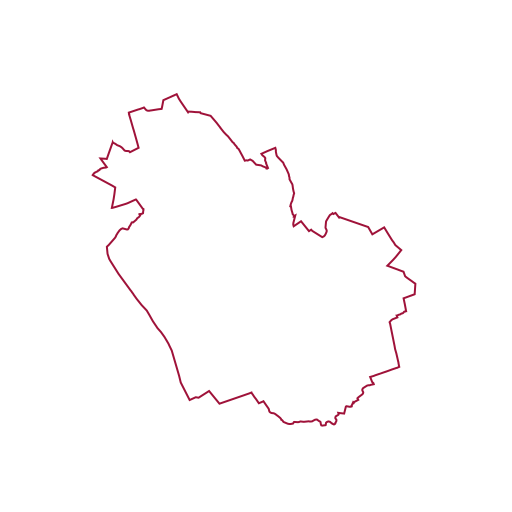 Jaral del Progreso, Guanajuato, Mexico, rotated 333°
{"feature_id": "50627088B82806712046874", "entity_name": "Jaral del Progreso", "entity_type": "district", "adm_level": 2, "iso_a3": "MEX", "parent_name": "Mexico", "parent_adm1": "Guanajuato", "projection": "orthographic", "projection_center": [-101.046, 20.365], "detail": "fine", "context": "isolated", "style": "outline", "palette": "rose", "viewbox_px": 512, "rotation_deg": 333, "n_neighbors": 0, "source": "geoboundaries", "source_scale": "gbopen_adm2", "svg_char_len": 6074}
<svg xmlns="http://www.w3.org/2000/svg" viewBox="0 0 512 512"><g transform="rotate(333 256 256)"><path d="M380.3,337.0L368.6,324.3L376.4,321.7L380.1,320.3L388.1,316.7L385.1,309.5L384.9,306.5L384.4,303.7L383.7,295.4L383.2,288.7L369.5,289.5L369.1,281.1L368.7,280.7L348.1,259.3L347.5,259.5L346.4,253.7L344.8,253.7L344.0,253.7L343.6,252.6L343.0,252.8L342.4,252.9L340.9,253.0L340.2,253.2L338.5,254.2L334.8,256.5L334.4,256.8L333.9,257.3L333.6,257.8L330.9,262.1L330.7,262.7L330.7,263.2L330.7,264.5L330.6,265.0L330.5,265.5L330.4,265.8L329.8,266.5L329.5,266.8L327.9,268.1L327.1,268.6L326.7,268.9L326.1,269.1L325.4,269.3L324.8,269.3L324.1,269.3L323.6,269.3L317.9,259.8L317.4,258.8L317.1,257.6L314.5,257.9L311.9,245.5L303.1,246.6L303.3,245.5L303.6,244.6L304.3,243.5L309.4,237.7L307.7,237.8L308.0,237.3L307.9,236.0L307.7,235.5L307.7,235.1L307.9,234.6L308.0,234.1L308.3,232.6L308.4,231.8L308.7,230.6L309.7,227.5L309.2,227.2L310.2,226.0L311.7,224.5L312.6,223.8L313.1,223.5L313.4,223.2L313.8,222.8L314.6,221.8L315.1,221.1L316.2,220.0L316.6,219.5L317.2,218.7L318.4,217.5L318.5,217.3L318.5,217.1L318.8,215.5L319.6,212.6L320.7,209.5L320.9,208.6L320.9,208.0L320.8,206.5L320.7,202.9L321.4,201.4L321.5,201.1L321.7,199.8L322.3,198.1L322.3,197.6L322.4,196.4L322.6,192.5L322.4,187.5L322.6,185.3L322.6,185.0L322.3,184.3L320.4,178.1L320.2,177.2L320.0,176.3L320.1,175.5L321.0,172.2L321.8,170.6L321.9,170.3L322.3,168.4L313.7,167.7L307.2,167.4L307.4,169.1L308.5,171.6L308.7,173.0L307.5,174.9L307.3,177.8L307.0,178.1L306.6,183.1L305.6,183.2L305.0,182.8L305.1,181.9L304.0,180.5L303.0,179.5L301.7,177.6L297.6,174.7L296.2,169.7L294.6,167.3L292.0,167.2L290.9,166.4L289.3,166.0L289.3,160.9L289.3,160.7L289.2,156.9L289.2,155.5L289.1,152.8L288.5,151.5L288.3,151.2L288.4,149.8L287.8,147.6L287.5,146.1L287.5,145.3L286.8,144.0L286.4,141.8L285.4,136.7L284.5,134.3L283.5,130.9L282.4,125.4L282.5,125.3L282.3,124.4L281.9,122.4L281.4,119.6L279.2,110.5L272.3,104.3L271.5,103.6L271.5,102.6L268.3,100.8L267.7,100.5L264.4,98.4L261.4,96.7L260.7,97.1L259.0,84.1L258.7,80.7L258.8,75.8L244.2,75.1L239.8,80.8L239.7,80.8L238.8,82.0L238.7,82.1L235.8,81.0L228.7,78.7L227.7,78.3L227.4,78.3L226.6,78.0L225.8,77.6L225.4,77.3L224.9,76.8L224.5,76.2L224.3,75.7L223.6,72.8L222.9,72.8L218.5,72.2L217.8,72.0L207.8,70.5L207.5,71.6L207.4,72.1L207.2,72.1L206.2,77.6L204.5,86.3L204.1,88.7L202.2,98.2L201.0,104.0L200.5,106.3L190.8,106.3L190.5,105.2L190.3,104.8L189.8,104.5L187.7,103.3L187.2,102.8L186.8,102.4L186.0,99.3L185.5,98.0L184.5,96.3L182.6,94.2L181.6,92.2L180.0,90.1L180.0,89.6L179.6,90.1L179.1,90.4L171.6,97.5L167.1,101.8L166.3,101.2L161.7,98.5L162.1,101.3L163.4,109.1L162.8,109.1L162.5,109.1L160.8,108.4L160.2,108.2L159.7,108.1L159.2,108.0L158.6,107.9L157.9,107.8L157.0,107.7L156.5,107.8L155.9,108.2L155.2,108.4L154.8,108.3L154.6,108.1L154.3,108.1L153.7,108.5L153.3,108.7L153.1,108.7L152.2,108.5L151.2,108.6L150.8,108.6L150.3,108.5L149.9,108.7L148.9,108.8L148.6,109.0L148.4,109.3L148.1,109.5L147.4,109.6L147.2,109.8L159.6,127.7L161.7,131.0L157.9,136.6L154.8,140.9L149.4,147.7L149.8,147.9L153.3,148.6L163.5,150.4L165.0,150.6L166.2,150.7L171.2,150.9L174.7,151.1L174.8,151.2L176.6,162.7L177.0,163.0L176.7,163.8L175.8,164.9L175.2,165.9L174.7,166.6L173.6,166.5L173.3,166.6L171.3,165.8L171.1,165.8L171.2,167.3L169.5,168.1L167.1,168.5L166.5,168.9L166.2,169.2L165.9,169.3L161.8,170.3L161.3,169.9L161.0,169.8L160.5,169.7L160.3,169.9L157.9,171.6L155.9,172.7L155.1,173.6L153.8,174.1L152.9,173.7L149.7,170.8L148.1,170.7L146.1,171.2L144.3,172.1L143.8,172.4L143.1,172.7L142.6,173.1L141.2,173.9L140.2,174.7L140.0,175.0L138.4,175.9L129.9,179.3L129.0,179.6L128.7,179.6L127.3,180.1L124.7,186.7L123.9,191.9L124.0,194.2L125.4,209.5L128.6,229.4L129.0,231.2L129.0,231.9L129.4,233.9L129.4,234.7L130.2,240.0L131.8,247.8L133.9,255.0L134.2,259.8L134.5,267.2L135.5,275.6L136.8,280.6L137.7,286.6L138.2,294.3L138.1,296.5L138.0,302.0L133.5,325.7L133.1,327.8L131.5,334.6L131.5,354.2L138.2,354.5L140.5,356.2L152.9,355.0L156.4,371.0L182.0,374.6L185.7,375.1L187.0,375.3L190.0,375.6L189.9,376.4L190.2,377.7L190.5,380.6L191.1,383.8L191.7,388.5L196.0,388.8L196.7,388.8L197.3,393.3L197.9,397.5L197.9,398.2L197.4,400.2L197.4,400.6L197.4,400.8L197.4,401.1L197.7,401.8L198.1,402.4L198.4,402.8L199.2,403.4L200.3,404.1L201.0,404.9L201.6,405.9L201.9,406.6L203.1,409.0L204.1,411.4L204.2,412.0L204.3,412.4L204.3,413.0L204.2,413.5L204.6,413.8L204.9,414.6L205.0,415.2L205.1,416.1L205.3,416.5L208.1,419.8L209.1,420.6L209.6,420.9L210.3,421.3L211.2,421.6L212.9,422.1L213.1,422.0L214.3,421.2L214.7,421.2L217.9,423.1L218.8,423.4L220.5,423.6L223.2,425.4L224.7,426.0L227.9,427.2L228.9,428.0L230.8,428.8L232.7,428.7L232.8,428.7L234.4,428.7L236.0,429.3L237.3,431.8L237.9,432.6L238.1,433.3L237.5,435.0L237.3,436.5L238.0,437.2L239.2,437.6L241.1,438.3L241.3,438.3L242.7,436.4L243.5,436.1L245.3,436.2L246.2,436.9L246.7,437.4L247.3,439.0L248.1,440.2L248.0,440.3L249.0,441.5L250.0,441.5L250.7,441.2L250.9,440.7L252.1,440.0L252.7,439.5L253.1,438.8L253.3,438.4L253.2,437.7L253.0,436.8L253.3,436.0L254.2,435.1L256.8,434.9L257.4,434.8L257.9,434.4L258.1,433.1L259.8,434.3L263.0,436.4L267.7,431.0L268.2,430.9L268.4,430.9L271.2,433.0L272.4,433.4L273.0,433.5L273.2,433.3L273.3,432.6L273.6,432.5L276.2,430.4L276.4,431.3L277.4,430.7L281.8,430.6L281.8,429.7L281.8,428.8L283.0,428.4L288.1,427.5L289.1,426.9L289.7,426.1L289.7,424.1L290.2,423.1L291.3,422.4L291.9,422.3L296.1,421.9L297.5,422.2L298.6,422.8L299.8,422.9L302.7,423.7L302.9,422.6L302.3,421.0L302.8,415.6L306.4,416.3L307.9,416.4L321.2,418.3L325.5,418.8L329.5,419.4L330.4,419.5L330.8,419.7L331.7,419.7L333.3,419.8L333.6,418.6L334.3,416.2L334.7,415.2L334.7,414.9L336.8,406.6L337.7,402.0L338.6,399.1L341.1,390.2L342.8,384.1L344.7,377.4L345.0,375.6L347.5,374.6L349.0,374.4L354.1,374.9L354.3,373.0L354.5,373.1L355.3,373.1L356.7,373.2L357.9,373.5L358.3,373.5L359.0,373.3L359.6,373.3L360.0,373.5L360.8,373.6L361.4,373.5L362.5,373.0L362.8,372.9L363.2,373.0L363.6,373.2L364.1,373.0L364.7,373.3L366.6,366.9L368.3,360.7L380.0,362.1L385.4,353.1L380.8,344.2L379.9,342.3L379.8,342.0L379.7,341.6L380.3,337.0Z" fill="none" stroke="#9f1239" stroke-width="2"/></g></svg>